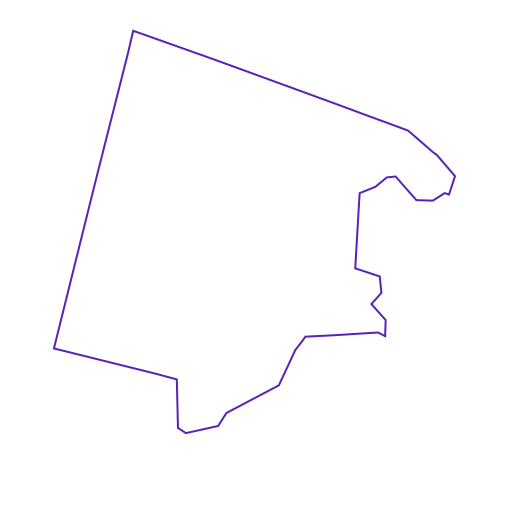 outline of Chesapeake, Virginia, United States of America, rotated 104°
{"feature_id": "52423323B47128133018764", "entity_name": "Chesapeake", "entity_type": "district", "adm_level": 2, "iso_a3": "USA", "parent_name": "United States of America", "parent_adm1": "Virginia", "projection": "natural_earth1", "projection_center": [-76.309, 36.708], "detail": "fine", "context": "isolated", "style": "outline", "palette": "violet", "viewbox_px": 512, "rotation_deg": 104, "n_neighbors": 0, "source": "geoboundaries", "source_scale": "gbopen_adm2", "svg_char_len": 681}
<svg xmlns="http://www.w3.org/2000/svg" viewBox="0 0 512 512"><g transform="rotate(104 256 256)"><path d="M67.2,429.6L90.4,429.3L169.0,429.6L225.2,429.8L225.3,429.8L394.6,429.7L394.5,325.0L394.9,303.0L441.7,290.1L444.8,281.2L430.1,251.6L415.7,246.8L414.2,245.3L375.9,202.5L337.6,195.1L329.8,191.6L322.3,188.5L314.2,161.7L300.7,119.1L302.5,111.3L286.8,114.7L274.7,132.4L261.4,125.4L245.9,131.0L244.0,156.7L180.4,168.7L169.9,170.6L159.9,156.8L148.1,148.1L145.1,139.8L163.0,113.9L159.5,97.8L149.3,88.1L149.7,83.6L130.4,82.2L114.2,105.0L112.4,109.5L98.6,136.6L97.5,138.9L92.2,187.7L89.2,214.4L89.2,214.5L75.5,343.9L67.2,429.6Z" fill="none" stroke="#5b21b6" stroke-width="2"/></g></svg>